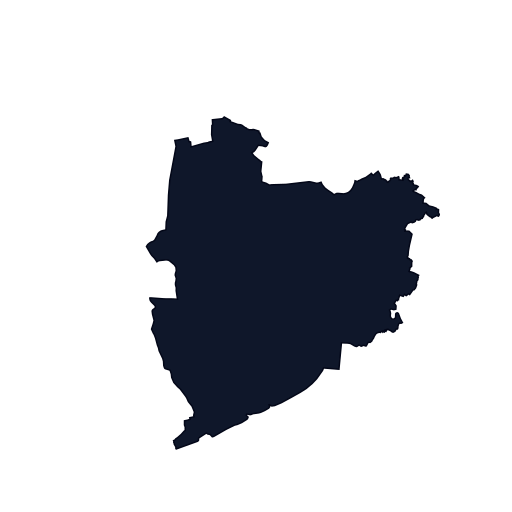 outline of Bang Pakong, Chachoengsao, Thailand, rotated 325°
{"feature_id": "78962969B35774632549792", "entity_name": "Bang Pakong", "entity_type": "district", "adm_level": 2, "iso_a3": "THA", "parent_name": "Thailand", "parent_adm1": "Chachoengsao", "projection": "albers", "projection_center": [100.994, 13.548], "detail": "fine", "context": "isolated", "style": "filled", "palette": "ink", "viewbox_px": 512, "rotation_deg": 325, "n_neighbors": 0, "source": "geoboundaries", "source_scale": "gbopen_adm2", "svg_char_len": 6143}
<svg xmlns="http://www.w3.org/2000/svg" viewBox="0 0 512 512"><g transform="rotate(325 256 256)"><path d="M255.8,114.8L253.4,120.4L228.8,144.5L219.3,155.9L206.8,172.5L202.1,176.5L197.3,182.8L196.7,182.8L194.4,181.8L192.5,181.1L190.3,181.1L188.6,181.5L186.7,182.7L182.2,184.9L180.3,185.1L178.0,184.4L176.3,184.3L173.9,184.5L171.7,185.4L171.0,193.6L171.0,195.8L171.6,199.7L171.5,203.9L173.0,203.9L174.2,204.3L180.2,207.6L181.8,209.1L182.4,210.2L184.1,216.3L184.0,219.3L182.2,222.4L179.9,224.2L178.9,225.3L177.9,228.6L175.9,230.8L174.6,231.9L173.5,233.5L172.5,236.3L170.7,238.7L166.9,246.4L163.2,243.5L156.2,238.5L145.8,230.0L145.0,229.5L144.5,230.2L143.9,231.9L144.0,233.9L144.8,238.3L144.7,239.4L144.4,240.0L143.9,240.5L143.3,240.8L140.5,240.9L139.4,241.5L137.9,244.3L135.6,250.4L132.8,252.8L128.5,256.0L127.7,260.4L127.6,262.0L126.7,265.6L124.2,272.4L123.5,275.3L122.3,278.1L120.9,286.4L119.9,289.2L117.6,292.9L117.1,294.5L116.9,295.5L117.1,296.3L119.7,299.6L120.1,300.4L119.0,304.1L117.3,307.2L116.2,312.5L116.9,318.2L117.7,321.5L118.0,330.7L117.9,332.5L117.1,336.5L117.5,342.4L116.1,348.5L113.6,350.8L113.0,352.2L109.0,350.5L108.4,352.0L105.9,351.3L102.9,350.0L100.5,353.4L99.9,355.6L98.0,358.3L96.7,358.3L92.5,359.3L87.8,359.8L85.2,359.8L84.8,360.1L83.4,360.2L82.6,360.0L82.3,361.0L81.7,361.6L81.5,362.7L81.1,363.4L80.9,366.4L79.9,367.9L80.0,368.3L101.8,374.2L103.0,374.1L104.5,372.3L104.8,372.2L113.6,372.5L114.1,373.2L114.3,374.0L116.1,375.9L116.5,379.0L117.8,379.5L132.3,380.8L141.4,382.2L144.0,383.2L148.7,384.2L154.5,384.5L155.6,384.4L157.0,383.5L157.1,383.0L156.8,382.1L156.7,380.9L157.5,380.2L158.2,380.5L160.0,382.4L160.8,382.9L163.1,383.4L168.2,386.0L170.2,386.7L174.4,387.5L179.1,387.9L180.7,387.3L181.3,386.1L181.3,385.4L181.7,385.5L182.9,387.9L185.5,389.2L192.6,390.7L204.2,392.0L214.4,393.0L221.1,393.3L228.9,392.6L235.3,391.3L244.8,387.9L247.1,386.4L259.0,396.3L276.2,376.1L281.2,379.9L282.6,381.2L283.4,382.2L285.2,386.2L286.3,387.7L286.8,387.9L289.2,388.0L289.8,388.6L290.1,389.7L290.4,390.1L290.9,390.5L292.0,390.5L292.8,390.8L294.4,392.8L294.9,392.8L298.0,391.2L298.9,391.3L299.9,392.2L301.9,392.1L303.1,391.4L305.1,390.7L306.8,389.6L308.7,388.8L309.8,388.4L311.6,388.5L313.5,389.3L314.0,389.9L314.6,389.5L315.8,389.9L315.8,390.7L316.3,390.5L316.6,389.9L316.9,390.0L317.1,390.3L316.9,390.7L317.1,391.0L316.9,391.3L317.4,391.9L318.4,391.2L318.3,390.7L318.6,390.6L318.9,390.8L318.9,392.0L319.1,392.3L319.8,392.0L319.9,390.9L320.2,391.1L320.6,391.0L321.0,391.5L321.7,391.5L321.8,392.0L322.4,392.1L322.5,392.8L323.4,394.2L324.0,396.2L324.6,397.0L325.5,397.2L327.0,397.2L328.6,396.3L329.0,396.3L330.0,396.9L330.8,396.4L332.1,394.8L334.0,393.4L335.1,393.3L336.3,394.3L337.7,394.5L338.2,390.2L339.6,384.9L339.4,383.8L338.5,383.3L337.8,383.3L337.2,383.6L335.4,386.0L334.9,386.5L333.9,386.8L332.7,386.7L332.1,386.4L331.4,385.7L331.1,384.9L331.1,383.2L331.9,381.7L333.3,380.1L334.2,378.0L334.4,376.8L335.6,376.7L336.1,376.9L336.6,377.2L338.1,379.0L340.0,379.8L342.1,377.2L342.2,375.7L342.0,374.2L345.4,372.6L346.2,373.6L346.7,373.1L347.6,373.6L348.2,372.8L351.2,370.5L353.5,373.5L355.6,372.6L356.3,374.6L359.5,374.5L359.8,375.7L361.8,375.0L365.1,373.8L366.1,374.3L366.5,374.2L368.3,373.7L371.0,371.8L370.7,371.2L370.9,370.9L371.9,370.3L373.4,368.7L374.9,368.3L375.9,367.1L376.8,366.4L377.1,365.2L378.1,365.0L375.6,360.3L374.1,358.2L372.6,356.7L372.5,356.4L374.8,354.7L374.9,354.0L377.6,353.7L379.8,350.6L380.9,349.8L380.9,348.2L379.9,347.3L379.8,346.8L380.2,346.3L378.8,344.9L379.5,344.5L379.4,343.5L380.8,342.8L383.6,339.4L388.0,335.0L396.3,327.6L395.5,323.4L392.3,321.1L393.3,320.3L392.8,319.5L394.2,318.4L398.1,316.6L399.1,316.4L402.5,317.1L402.8,317.5L403.0,318.3L404.8,318.9L406.5,318.9L407.1,318.3L407.8,318.1L409.0,318.6L409.4,319.6L410.7,320.3L411.2,320.4L412.0,319.9L413.8,320.5L414.6,320.0L415.8,319.8L416.5,318.9L417.5,318.7L419.5,317.8L420.6,317.8L420.0,320.0L420.9,323.0L421.3,324.0L422.0,324.5L421.8,325.4L422.0,326.0L423.1,325.9L426.3,326.4L427.1,326.3L428.0,327.2L428.0,327.8L428.2,328.0L429.1,327.8L430.0,327.0L430.4,324.6L431.0,324.2L432.1,322.7L431.2,321.3L430.4,321.2L431.0,320.2L429.1,317.3L426.5,314.4L425.4,310.4L423.1,308.5L425.3,305.8L426.4,305.0L427.4,304.9L426.5,301.1L424.9,298.9L423.4,295.8L422.1,293.8L421.8,292.7L424.2,292.7L425.1,293.5L425.5,293.1L425.7,292.7L427.5,292.6L428.7,292.1L427.9,290.4L426.2,288.6L425.8,287.6L426.3,287.0L426.1,286.1L427.4,285.0L427.6,283.9L426.0,284.1L425.9,283.4L425.1,283.5L424.9,282.8L424.9,281.8L424.5,280.7L424.7,280.0L425.4,279.3L426.6,279.9L426.8,279.0L427.6,278.0L427.5,276.4L426.1,275.1L424.3,276.3L423.7,275.3L422.1,276.7L421.2,276.0L420.5,276.4L420.3,276.8L420.6,277.3L420.7,278.0L419.8,278.3L416.9,275.6L418.0,273.7L418.3,273.1L418.2,272.8L416.5,272.6L415.5,272.0L414.4,270.9L413.0,271.0L411.1,269.6L410.6,269.7L409.9,270.7L409.0,271.1L407.4,271.0L406.5,271.3L406.1,271.2L405.8,270.7L406.1,269.8L405.8,269.2L405.8,268.2L405.4,267.4L404.7,267.0L404.8,266.1L403.7,265.2L402.8,265.0L404.3,260.9L404.5,259.3L404.6,256.6L400.9,256.8L398.3,257.2L397.8,254.4L397.1,254.6L391.1,254.7L386.7,253.7L384.9,253.6L382.9,253.1L381.8,253.2L380.3,251.2L379.1,252.5L377.5,253.6L374.2,255.6L371.2,256.7L368.1,257.0L365.7,256.4L363.4,255.4L359.0,251.7L357.8,251.0L355.0,250.6L354.3,247.9L352.5,243.4L351.4,239.8L351.1,235.4L351.6,232.9L348.9,232.1L347.3,231.2L343.5,226.9L342.1,225.6L321.7,214.6L309.7,206.7L307.6,205.6L305.9,202.1L303.7,199.3L303.4,198.5L303.4,198.1L306.5,194.3L306.7,193.5L308.4,189.4L314.6,182.2L314.1,181.5L313.8,179.8L313.0,177.5L311.7,172.5L311.7,168.9L313.9,169.2L315.8,168.8L321.4,166.6L324.5,169.3L326.3,171.7L327.3,172.0L328.9,171.5L331.0,170.2L329.3,166.9L328.9,165.4L328.5,161.4L329.7,157.5L329.1,156.7L330.0,155.4L327.0,151.5L326.1,150.6L325.7,150.7L322.9,148.7L321.3,146.3L321.5,145.8L320.7,144.5L319.4,140.7L318.6,139.6L316.5,137.8L311.9,131.2L311.9,130.9L312.7,130.4L312.7,130.1L309.7,123.9L307.3,124.3L298.4,119.4L295.7,123.8L294.8,123.7L289.3,131.1L286.4,137.3L282.8,135.7L282.4,136.0L278.0,133.8L265.3,129.4L267.8,125.1L267.7,124.8L266.7,124.0L268.0,120.2L258.8,116.3L255.8,114.8Z" fill="#0f172a" stroke="#020617" stroke-width="1.5"/></g></svg>